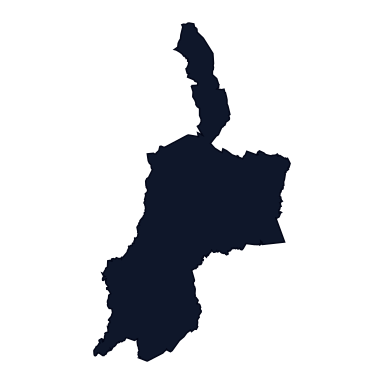 outline of Tocumbo, Michoacán, Mexico
{"feature_id": "50627088B68664204293005", "entity_name": "Tocumbo", "entity_type": "district", "adm_level": 2, "iso_a3": "MEX", "parent_name": "Mexico", "parent_adm1": "Michoacán", "projection": "equal_earth", "projection_center": [-102.6, 19.678], "detail": "fine", "context": "isolated", "style": "filled", "palette": "ink", "viewbox_px": 384, "rotation_deg": 0, "n_neighbors": 0, "source": "geoboundaries", "source_scale": "gbopen_adm2", "svg_char_len": 6048}
<svg xmlns="http://www.w3.org/2000/svg" viewBox="0 0 384 384"><path d="M197.4,324.3L197.6,322.3L197.3,320.2L198.8,317.4L199.1,317.4L198.8,315.4L201.2,311.9L201.1,310.6L200.4,309.8L200.1,308.4L200.6,307.4L199.9,305.1L199.3,304.2L197.0,303.6L198.1,300.3L196.0,297.5L194.8,296.5L195.2,295.4L194.9,293.7L195.2,289.1L194.6,286.8L194.0,286.2L193.3,283.6L193.4,282.1L194.2,281.3L194.4,280.2L191.6,270.4L194.2,268.7L196.0,268.5L196.3,267.6L197.6,266.9L197.6,265.0L200.9,264.4L200.8,264.0L201.9,262.8L201.4,261.2L201.8,260.8L203.1,260.6L203.3,259.5L202.1,259.1L201.7,258.4L203.2,257.5L203.4,256.0L204.3,255.4L206.4,257.0L206.5,255.6L206.8,255.4L207.4,255.9L207.9,255.5L207.8,254.6L208.5,254.9L209.3,253.3L210.8,252.0L211.6,250.2L213.7,252.3L215.1,252.1L216.7,250.7L217.2,251.9L218.1,251.8L218.7,250.8L219.3,250.8L221.5,252.8L223.6,253.4L225.0,253.0L225.5,254.1L226.6,254.8L228.1,254.0L227.7,252.1L227.9,251.0L228.9,251.3L229.5,250.6L230.4,250.7L232.0,248.1L232.9,248.7L233.7,247.9L235.3,248.7L237.0,247.8L237.4,248.8L238.4,248.9L239.9,248.1L240.5,249.4L241.9,249.8L243.1,248.6L246.0,243.5L254.3,244.5L258.1,244.6L259.5,244.0L259.6,244.9L261.0,244.3L260.7,241.0L262.1,242.2L262.6,244.4L284.6,242.0L276.3,219.2L275.8,218.8L275.8,217.8L276.9,218.1L279.0,216.9L280.6,212.8L281.4,212.5L280.7,211.9L279.2,213.0L279.1,210.9L278.7,210.5L279.1,209.4L279.6,209.3L280.3,206.5L281.1,206.3L280.3,204.2L280.4,203.6L279.8,202.8L280.5,202.5L281.3,201.3L281.7,201.6L282.3,201.2L281.2,200.0L281.1,199.0L280.3,198.3L280.8,197.7L280.7,197.0L279.6,196.5L280.1,192.8L280.7,192.3L281.2,190.9L280.8,190.8L281.5,189.4L282.6,189.1L282.3,188.0L282.8,187.3L283.1,187.5L283.0,185.9L283.8,185.4L283.6,181.8L284.4,179.5L285.2,174.4L285.0,172.5L285.9,172.4L285.8,171.5L288.5,169.3L288.1,168.4L288.2,167.5L288.9,167.5L290.1,163.5L287.5,158.3L286.0,158.8L285.6,158.1L284.6,158.4L279.9,155.5L278.2,156.0L278.3,155.2L277.2,154.0L276.6,154.7L275.0,155.2L272.1,155.4L271.6,155.9L269.6,155.6L265.6,154.5L263.9,153.0L259.4,150.9L258.9,151.3L259.1,151.9L257.7,152.2L257.5,153.4L257.9,154.2L257.1,153.9L256.9,155.0L246.8,151.3L245.4,154.9L243.9,156.3L242.6,158.8L239.5,157.5L238.2,157.5L238.4,156.3L237.2,155.7L236.7,156.6L232.1,154.9L226.6,150.7L222.9,148.8L222.0,152.5L220.7,152.0L214.7,148.2L210.4,143.4L216.4,135.8L217.6,135.3L218.4,134.6L221.6,127.5L223.1,126.6L223.5,125.8L224.9,125.1L226.0,121.9L228.3,120.5L229.3,119.4L229.4,118.0L228.6,115.5L229.9,114.5L227.9,106.0L227.0,103.9L227.0,99.9L226.5,97.3L225.4,92.8L224.9,92.9L224.0,89.2L221.7,89.7L216.9,89.0L218.6,87.4L218.7,86.6L218.4,86.1L219.0,84.8L218.6,84.4L216.7,78.6L212.4,74.7L212.4,71.6L212.6,70.4L213.2,69.6L213.5,67.3L213.1,65.7L213.5,63.5L212.9,53.5L203.3,38.2L197.1,32.2L196.9,29.0L196.1,28.7L195.8,27.7L194.5,27.3L193.8,23.9L189.0,23.0L187.5,23.3L186.3,24.4L183.3,24.2L181.8,24.8L182.8,26.9L180.9,34.9L180.5,39.1L179.5,40.4L178.2,43.3L177.8,47.1L174.4,49.5L176.3,50.0L179.9,52.1L182.3,54.0L183.8,56.1L185.2,56.1L185.3,57.0L186.3,57.9L186.2,58.5L187.8,58.6L187.7,61.2L188.8,61.6L188.8,62.0L188.3,65.0L186.8,68.2L186.0,68.8L187.2,73.2L189.0,73.5L188.2,74.6L187.6,77.1L193.9,79.7L195.0,81.3L197.2,82.0L197.9,83.1L197.4,85.3L192.0,85.6L192.0,86.7L191.5,86.7L193.1,91.8L192.8,96.8L195.0,100.3L195.9,102.8L195.9,104.6L197.3,106.7L200.2,108.7L199.6,108.6L199.6,115.5L201.1,119.1L201.2,121.6L199.6,124.9L197.4,126.3L202.6,135.2L197.6,132.7L198.4,136.7L188.3,135.0L187.2,135.4L165.5,146.9L164.0,147.4L161.0,146.2L159.9,146.5L158.9,150.6L156.3,153.0L155.8,153.9L154.8,154.2L153.5,153.3L147.3,153.9L148.3,160.8L149.4,163.2L151.2,164.8L151.2,167.0L151.6,168.5L152.5,169.6L148.6,177.5L146.8,178.7L145.7,181.1L146.0,185.9L146.5,186.4L146.3,187.4L147.3,188.7L147.7,190.4L147.1,192.3L145.3,193.8L145.7,195.6L144.6,199.7L145.1,200.8L144.1,202.3L144.1,203.2L144.8,203.9L144.8,204.9L145.3,205.9L145.6,208.7L145.1,210.2L145.5,211.8L144.3,212.9L144.6,214.5L143.3,216.2L142.5,218.5L142.0,218.2L140.0,220.7L140.0,221.7L138.8,223.3L139.4,224.9L138.4,225.0L137.0,227.2L137.9,231.6L137.7,232.2L138.4,234.2L137.9,234.6L137.7,236.7L135.8,238.3L134.7,238.1L134.7,240.6L134.0,241.1L133.9,243.3L132.6,243.3L132.0,245.6L130.8,245.5L129.9,246.5L129.0,246.1L128.6,246.4L129.0,248.3L128.0,249.4L128.0,250.4L127.4,251.0L127.3,252.1L123.3,256.9L122.8,257.4L121.8,257.3L121.5,259.0L120.8,258.2L119.0,258.7L116.3,257.7L115.6,258.8L114.9,259.1L113.5,258.6L111.9,258.9L111.6,259.2L111.9,261.0L110.8,260.9L110.3,260.4L107.8,260.8L107.5,267.1L105.7,268.3L105.6,269.4L104.1,271.8L103.4,273.7L102.1,273.1L103.0,275.0L104.9,276.4L103.5,276.8L103.1,277.3L102.5,279.0L102.7,280.3L103.2,280.4L106.2,278.9L105.6,281.3L106.0,283.6L108.5,286.8L107.9,287.5L106.7,287.8L106.7,288.9L106.8,289.3L107.9,289.4L109.0,290.6L110.7,293.4L110.6,293.9L108.8,295.2L108.5,298.5L107.5,301.0L107.5,302.5L107.9,304.0L107.5,304.8L107.9,306.3L109.2,308.4L110.9,308.5L112.0,309.1L112.6,313.0L112.0,314.1L111.4,316.3L108.6,319.7L108.6,320.3L109.7,320.8L110.0,322.2L109.9,322.8L109.2,323.1L108.5,324.4L108.3,326.6L107.5,326.5L108.0,329.2L108.1,332.2L106.1,332.6L104.9,333.4L105.2,334.7L104.6,336.3L104.5,338.7L103.8,339.5L103.4,341.4L102.6,341.7L102.4,340.9L102.8,339.4L101.6,338.7L99.2,340.1L99.0,340.6L99.9,343.0L99.0,343.6L97.4,346.3L96.3,346.5L95.6,348.1L94.4,349.7L93.9,350.7L94.1,354.1L94.5,355.4L95.2,355.8L96.3,355.2L97.6,353.0L99.3,353.1L102.7,355.5L104.0,355.5L104.7,354.4L105.6,354.4L106.2,353.7L106.9,351.8L107.7,351.7L108.7,350.4L109.5,350.7L110.6,350.2L110.4,348.7L111.5,349.7L113.0,347.1L114.5,346.3L115.9,344.8L116.7,343.1L118.0,342.9L118.6,341.8L119.4,342.3L120.0,341.4L121.8,341.7L123.6,340.5L124.5,340.4L125.6,338.2L126.6,337.6L134.5,340.4L137.5,338.8L137.5,340.3L137.2,341.7L137.7,345.5L138.4,347.0L138.6,348.8L139.2,350.5L138.2,352.5L138.5,353.6L138.1,354.3L138.7,356.3L140.2,357.1L138.8,357.8L147.1,361.0L147.7,360.8L162.8,353.0L164.9,350.8L166.1,350.1L166.6,349.1L168.0,350.5L170.5,351.7L172.1,350.6L179.4,340.5L183.9,336.7L186.7,332.9L190.4,330.1L191.5,331.6L194.6,329.1L196.3,329.3L197.7,326.6L196.9,324.9L197.4,324.3Z" fill="#0f172a" stroke="#020617" stroke-width="1.5"/></svg>